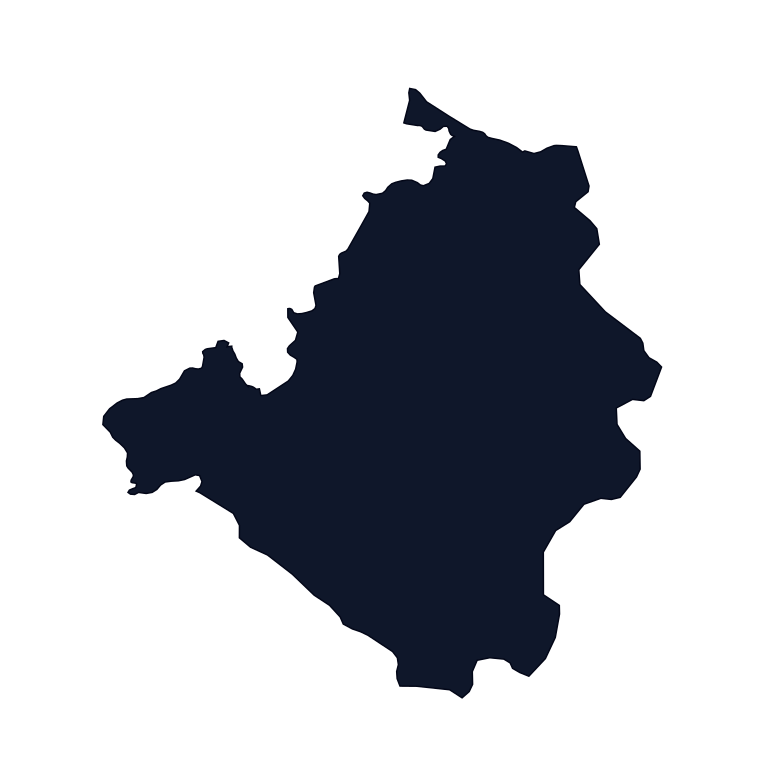 SVG path tracing the border of Lower Silesian, rotated 100°
{"feature_id": "POL-3141", "entity_name": "Lower Silesian", "entity_type": "Voivodeship", "adm_level": 1, "iso_a3": "POL", "parent_name": "Poland", "parent_adm1": "", "projection": "mercator", "projection_center": [16.102, 50.931], "detail": "fine", "context": "isolated", "style": "filled", "palette": "ink", "viewbox_px": 768, "rotation_deg": 100, "n_neighbors": 0, "source": "natural_earth", "source_scale": "10m", "svg_char_len": 3670}
<svg xmlns="http://www.w3.org/2000/svg" viewBox="0 0 768 768"><g transform="rotate(100 384 384)"><path d="M149.0,370.4L146.1,369.0L143.8,366.7L142.0,363.5L131.7,361.2L127.9,357.6L127.3,360.3L126.4,361.8L123.4,363.9L122.3,364.2L121.1,364.7L120.1,365.6L119.2,366.7L120.0,370.3L123.3,373.0L126.4,377.5L126.6,386.8L126.0,388.5L124.0,390.7L123.4,391.8L123.2,393.6L123.4,394.9L123.6,395.8L123.8,407.0L123.4,409.8L100.2,408.0L92.9,410.1L88.5,410.0L88.6,404.0L91.4,399.2L98.7,391.1L108.9,366.7L118.0,343.6L118.6,339.9L118.6,333.7L119.0,330.5L120.1,328.3L121.7,326.8L123.0,324.6L123.4,320.5L123.7,312.3L125.3,303.2L128.1,294.5L131.6,287.7L130.7,286.8L130.0,285.8L131.0,276.3L128.1,270.0L123.5,264.5L119.7,257.9L119.1,255.7L118.3,249.8L118.3,249.5L117.0,235.7L120.9,233.5L153.4,216.5L159.2,216.4L171.2,226.8L177.1,227.2L187.4,209.5L194.1,201.4L209.0,196.2L237.6,212.0L252.0,208.4L274.5,178.6L294.5,139.5L298.8,136.2L306.0,133.9L312.1,127.6L315.1,119.1L319.1,113.6L349.9,119.4L355.3,125.2L356.0,136.6L367.3,151.1L383.3,147.5L395.7,136.6L405.7,120.4L423.4,117.0L431.7,119.2L454.6,131.7L458.2,140.0L458.9,150.6L467.7,166.2L487.4,177.2L498.5,189.5L521.9,197.9L563.9,190.4L571.6,172.9L580.1,171.2L603.9,171.3L626.4,177.4L646.6,190.6L644.6,200.0L641.7,208.0L636.8,211.3L634.1,218.2L635.2,232.3L639.9,244.3L651.9,247.1L664.4,244.6L672.1,246.7L679.5,252.6L673.7,266.3L676.0,299.6L678.7,315.8L671.9,319.9L664.9,321.6L657.9,321.1L651.3,323.3L646.0,329.1L634.2,356.3L632.0,364.2L630.7,372.6L627.5,382.4L621.0,386.7L611.4,399.2L604.1,416.1L587.2,441.3L572.6,469.1L567.9,487.1L560.6,499.7L548.3,501.8L537.6,509.9L523.0,546.6L522.1,550.4L516.4,546.9L511.7,546.3L506.2,549.7L506.2,554.1L512.7,563.8L515.0,569.6L516.6,576.4L518.5,582.5L522.3,586.5L527.3,589.4L531.0,593.5L533.1,599.2L533.4,606.9L536.1,610.4L536.5,614.6L535.2,617.3L532.7,616.3L530.6,613.1L529.6,611.2L528.4,610.3L525.4,610.3L524.8,611.2L524.9,615.0L524.4,616.2L522.6,616.3L518.8,614.9L517.0,615.0L514.6,616.7L511.2,621.4L509.3,623.1L507.0,623.7L504.5,624.3L500.5,624.1L496.4,624.6L491.9,628.6L488.2,634.1L486.0,638.4L483.5,641.9L479.0,645.2L472.8,653.8L464.5,654.4L456.0,649.9L449.0,643.5L445.4,638.8L443.5,634.8L441.2,624.0L439.0,618.0L432.8,611.6L430.3,606.9L427.3,602.9L422.1,593.4L419.2,589.3L414.7,586.1L405.7,582.8L402.1,578.0L401.5,575.2L401.7,572.3L401.5,569.4L400.1,566.4L398.2,565.8L388.9,565.8L386.6,566.6L385.1,567.8L383.6,568.2L381.0,566.0L380.0,564.2L377.4,556.0L370.8,554.8L368.9,549.1L370.5,544.1L374.6,545.0L374.2,544.0L373.2,540.5L374.4,540.3L376.3,539.2L377.4,538.7L380.5,536.1L384.1,534.0L387.2,531.3L388.7,527.2L391.9,526.2L398.4,528.0L401.9,527.2L403.8,524.5L408.0,520.4L409.8,517.9L409.2,518.1L409.2,516.2L409.4,513.8L409.8,512.1L410.6,510.3L411.2,509.4L411.2,508.3L410.4,505.9L416.8,503.3L415.0,497.2L397.7,478.8L391.4,475.3L384.8,473.6L377.4,473.4L374.8,474.0L373.3,477.2L371.8,481.3L369.4,484.4L365.9,485.2L362.8,483.8L356.4,478.8L347.8,477.9L335.2,490.2L326.6,491.8L326.2,490.8L326.0,489.8L326.2,488.8L326.6,487.7L329.5,485.3L330.0,481.5L328.9,477.1L327.1,472.8L324.5,467.7L321.7,465.1L318.4,464.6L306.3,469.1L300.7,469.3L299.4,468.8L289.1,451.3L288.5,449.4L288.1,447.2L283.0,446.7L266.1,450.8L264.0,450.1L262.5,448.7L259.8,444.5L257.5,443.0L233.2,434.4L216.8,428.7L208.4,429.4L206.5,431.8L204.6,435.2L202.3,437.6L202.0,437.5L199.4,436.6L198.1,434.0L198.3,430.9L198.9,427.7L198.8,424.6L196.4,418.6L193.3,416.0L189.6,414.4L185.5,411.1L183.4,407.6L181.0,402.3L179.1,396.6L178.5,392.0L179.9,386.1L181.7,382.7L181.9,379.6L178.6,374.3L173.2,371.6L161.6,371.4L159.7,366.7L158.8,361.8L156.4,360.6L153.8,362.4L152.0,366.7L151.3,370.0L149.0,370.4Z" fill="#0f172a" stroke="#020617" stroke-width="1.5"/></g></svg>